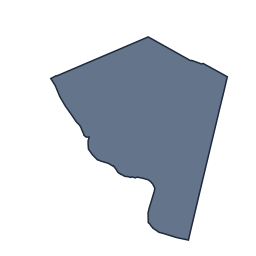 Beitbridge Urban, Matabeleland South, Zimbabwe, rotated 15°
{"feature_id": "62879985B8135663934724", "entity_name": "Beitbridge Urban", "entity_type": "district", "adm_level": 2, "iso_a3": "ZWE", "parent_name": "Zimbabwe", "parent_adm1": "Matabeleland South", "projection": "equal_earth", "projection_center": [30.001, -22.204], "detail": "fine", "context": "isolated", "style": "filled", "palette": "slate", "viewbox_px": 256, "rotation_deg": 15, "n_neighbors": 0, "source": "geoboundaries", "source_scale": "gbopen_adm2", "svg_char_len": 1316}
<svg xmlns="http://www.w3.org/2000/svg" viewBox="0 0 256 256"><g transform="rotate(15 128 128)"><path d="M45.1,96.1L40.6,100.2L46.7,105.8L53.9,115.2L62.0,123.2L64.6,125.3L67.7,127.9L72.2,131.7L74.5,133.7L75.5,134.7L77.7,136.2L80.4,137.7L82.5,139.8L84.0,141.9L86.2,144.6L86.5,144.8L87.3,146.4L89.9,147.6L92.9,146.9L92.8,149.9L92.8,151.3L92.9,151.1L93.7,154.1L95.3,158.7L100.5,163.0L106.8,166.7L107.1,166.5L110.5,167.0L118.1,167.2L124.2,168.9L124.2,168.7L127.5,171.3L129.7,173.4L132.6,174.5L132.6,174.3L137.4,175.5L140.8,175.0L143.6,175.0L144.4,174.1L147.9,174.3L148.3,174.1L148.9,173.4L150.5,173.0L155.4,172.7L161.0,172.8L164.1,174.1L165.1,174.9L166.4,175.7L169.5,179.2L169.5,179.5L169.8,182.3L169.8,183.4L169.7,183.8L169.7,184.2L169.5,191.1L169.5,192.0L169.5,192.4L169.4,192.6L169.4,192.9L169.4,193.3L169.2,198.7L169.2,199.2L169.3,199.3L169.3,199.6L169.2,200.0L169.3,204.4L169.5,205.3L172.1,214.2L174.0,215.1L175.5,216.5L177.0,217.5L178.1,218.4L178.5,218.4L184.8,220.7L186.7,220.7L188.2,220.7L188.9,220.7L202.0,221.2L204.2,221.2L204.6,221.2L213.9,220.7L214.3,220.7L215.4,220.6L215.1,213.1L213.7,164.8L211.5,84.2L211.2,69.9L210.7,52.8L183.8,46.2L182.5,47.1L172.0,46.2L171.2,46.7L170.8,46.7L124.3,34.9L124.2,34.9L123.9,34.8L88.6,62.5L45.7,96.1L45.1,96.1Z" fill="#64748b" stroke="#1e293b" stroke-width="1.5"/></g></svg>